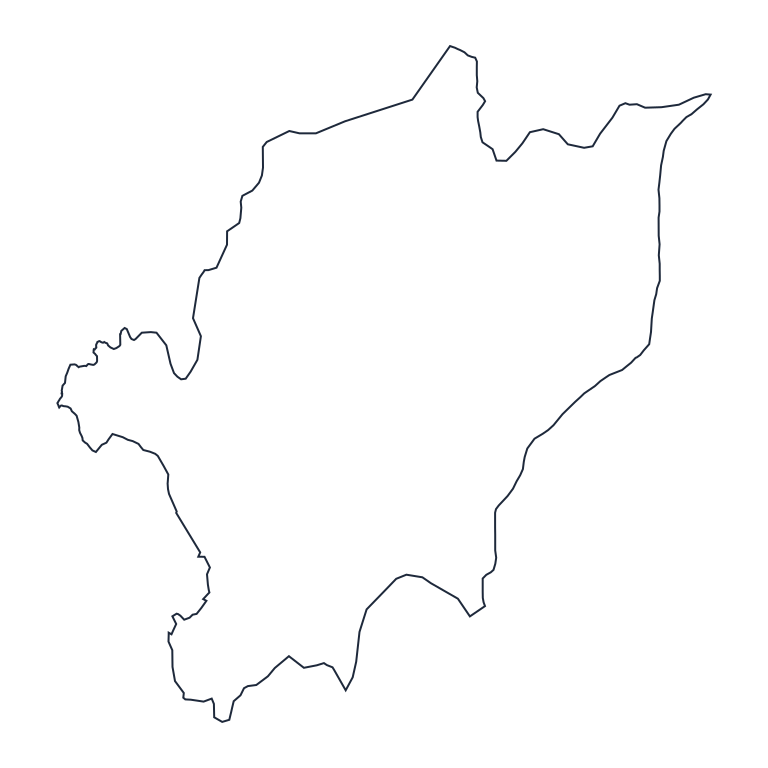 the district of Ijebu East, Ogun, Nigeria
{"feature_id": "59680162B17778966736574", "entity_name": "Ijebu East", "entity_type": "district", "adm_level": 2, "iso_a3": "NGA", "parent_name": "Nigeria", "parent_adm1": "Ogun", "projection": "equal_earth", "projection_center": [4.163, 6.811], "detail": "fine", "context": "isolated", "style": "outline", "palette": "slate", "viewbox_px": 768, "rotation_deg": 0, "n_neighbors": 0, "source": "geoboundaries", "source_scale": "gbopen_adm2", "svg_char_len": 5199}
<svg xmlns="http://www.w3.org/2000/svg" viewBox="0 0 768 768"><path d="M450.0,46.1L412.4,99.6L345.0,121.3L316.0,133.3L299.4,133.3L289.3,131.0L266.7,142.0L262.8,146.9L263.0,167.6L261.9,175.5L259.0,182.7L252.3,190.6L242.4,195.8L240.7,201.6L241.3,207.7L240.4,218.2L239.2,223.0L227.1,231.3L227.0,244.7L216.5,267.7L208.5,270.1L204.6,270.2L203.5,272.1L201.7,274.5L199.4,277.9L193.0,318.2L200.9,336.2L197.4,359.8L190.6,371.7L185.7,378.7L181.1,379.3L177.4,376.7L174.0,373.1L170.5,363.7L166.3,345.3L156.5,332.7L150.8,332.1L141.8,332.7L135.5,339.1L134.0,340.0L131.5,339.0L130.1,337.0L126.8,329.1L124.6,328.0L121.3,330.9L120.6,334.1L120.1,334.2L120.3,344.8L119.4,346.1L116.3,348.1L113.8,349.0L110.4,347.4L109.6,346.7L108.9,346.1L108.5,345.8L108.1,345.4L107.7,344.5L107.3,343.6L106.9,343.2L106.0,343.0L105.4,342.7L104.5,342.2L104.2,342.0L103.9,342.3L103.6,342.5L103.1,342.7L102.8,342.7L102.3,342.5L101.8,342.4L101.2,342.1L100.8,341.9L100.7,341.8L100.2,341.5L99.8,341.2L99.4,341.1L99.2,341.2L98.7,341.3L98.3,341.6L97.5,341.9L97.5,342.0L97.4,342.3L97.3,342.5L97.1,342.9L96.8,343.3L96.6,343.7L96.5,344.1L96.3,344.5L96.2,344.6L96.2,344.9L96.2,345.2L96.1,345.5L96.1,345.8L96.1,346.1L96.2,346.4L96.2,346.8L96.3,347.1L96.3,347.4L96.3,347.6L96.1,347.8L95.9,348.0L95.6,348.2L95.6,348.4L95.5,348.5L95.3,348.7L95.2,348.8L95.0,349.0L94.8,349.3L94.7,349.5L94.4,349.5L93.8,349.3L93.7,349.8L93.6,350.8L93.6,351.6L93.5,352.5L95.0,353.8L96.0,355.1L97.0,356.2L97.1,361.0L96.6,362.4L94.4,364.5L93.2,364.9L90.5,364.4L89.4,364.1L88.4,364.0L87.7,364.4L87.0,365.3L86.2,366.1L85.5,365.9L85.2,365.9L84.8,365.9L84.4,365.9L83.9,365.9L83.5,366.0L82.9,366.1L82.1,366.2L81.8,366.3L81.2,366.4L80.5,366.5L79.8,366.6L79.4,366.8L79.0,367.0L78.7,367.2L78.0,366.6L77.4,366.2L76.7,365.4L75.9,364.8L74.5,364.4L70.4,364.7L68.6,368.8L67.2,372.8L65.7,376.3L65.0,382.9L62.6,385.6L61.7,390.8L61.9,391.3L62.0,391.8L62.0,392.2L61.9,392.3L61.8,392.5L61.7,392.9L61.7,393.0L61.6,393.5L62.2,393.7L62.2,394.2L62.1,394.9L62.1,395.4L62.1,395.8L61.9,396.3L61.7,396.7L61.2,397.4L60.5,398.2L59.9,398.9L59.4,399.9L58.8,400.8L58.4,401.4L58.0,402.2L57.4,403.1L57.8,404.1L58.2,404.9L58.5,405.7L58.7,406.3L58.8,406.6L58.9,406.9L59.1,407.3L59.2,407.5L60.6,405.9L61.2,405.5L61.8,405.5L62.5,405.7L63.0,406.0L64.0,406.2L65.4,406.3L67.7,406.7L70.6,408.5L71.9,411.3L74.9,413.9L76.6,415.7L78.4,422.0L79.3,427.6L79.2,430.1L80.0,432.8L81.6,435.9L82.4,437.9L82.7,440.4L85.1,442.6L87.1,443.8L88.7,445.9L89.9,447.5L91.3,449.1L92.4,450.4L95.9,452.0L101.8,444.8L106.4,442.7L108.6,439.3L112.5,434.0L122.8,437.2L127.8,439.8L132.7,441.1L138.5,443.9L140.9,447.1L143.3,450.0L149.9,451.7L155.2,453.8L157.8,455.9L163.6,465.9L168.3,474.5L167.7,482.7L167.6,483.3L168.0,489.1L169.0,493.9L176.7,511.5L176.2,512.9L200.2,552.4L198.3,556.7L204.5,556.8L209.9,567.5L207.0,574.3L207.9,584.6L208.8,590.2L209.4,592.5L208.2,593.7L208.1,593.8L203.2,599.1L206.4,600.8L201.3,608.0L196.6,613.9L192.6,614.7L189.6,617.7L184.2,619.7L180.4,615.7L178.1,614.1L176.6,613.7L172.4,616.3L176.2,624.0L173.4,630.0L171.5,634.3L168.7,632.7L168.7,634.7L168.5,641.6L172.3,650.2L172.5,666.9L175.0,681.1L176.8,683.5L183.3,692.3L183.8,693.0L183.3,697.7L185.3,699.4L190.8,699.7L203.6,701.6L211.7,698.6L213.9,703.9L214.2,717.3L222.2,721.9L229.3,719.8L231.3,711.5L232.1,707.9L233.7,701.2L240.5,695.3L244.0,688.2L247.9,686.1L256.3,685.0L267.9,676.3L274.8,668.0L288.9,656.2L303.9,667.8L316.8,665.3L323.9,663.1L326.9,665.1L332.5,667.3L334.1,669.9L345.7,690.3L352.7,677.3L356.2,661.7L359.5,631.9L366.6,609.4L383.6,591.9L396.2,578.8L406.4,574.7L422.4,577.3L430.9,583.2L457.9,598.7L469.9,616.4L485.0,606.1L483.6,602.3L482.8,597.9L482.7,591.8L482.7,585.8L482.7,578.5L486.3,574.8L490.8,572.3L493.5,569.9L495.3,563.8L496.2,557.7L495.2,550.4L495.2,543.1L495.2,534.6L495.1,527.4L495.1,520.1L495.1,512.8L495.2,512.3L496.0,509.1L498.7,505.5L507.6,496.0L513.0,488.7L516.6,481.3L520.2,475.2L522.9,469.1L523.8,461.8L524.7,457.0L527.3,448.5L531.8,442.4L534.5,438.7L542.7,433.8L548.1,430.1L553.5,425.2L562.5,414.2L575.1,401.9L580.5,397.0L584.2,393.4L595.0,386.0L600.4,381.1L605.8,377.4L609.4,375.0L622.1,370.0L626.6,366.3L631.1,362.7L635.6,357.8L636.6,357.5L640.2,355.0L643.8,350.3L649.2,344.2L649.9,339.3L651.0,332.0L651.8,318.5L652.7,312.4L654.4,300.2L656.2,294.2L657.1,288.1L659.8,280.8L659.8,275.9L659.7,269.8L659.7,263.8L658.8,255.3L659.6,244.3L658.7,235.8L658.6,217.6L659.5,211.5L659.5,205.5L659.4,198.2L658.5,189.7L659.4,182.4L660.2,175.1L661.1,165.4L662.9,156.9L663.7,150.8L666.4,141.1L670.9,133.7L674.5,128.8L676.1,127.3L680.9,122.8L682.8,120.7L686.4,117.1L691.6,114.1L697.1,109.3L703.4,104.3L707.9,99.5L710.6,94.6L705.7,94.2L693.8,97.7L678.9,104.7L661.5,107.2L645.1,107.7L640.2,105.6L636.9,104.2L629.5,104.7L625.4,103.2L619.5,105.7L612.4,117.7L600.1,133.7L592.7,146.3L584.1,147.8L567.8,144.3L558.9,134.2L543.2,129.2L529.9,132.2L522.4,143.3L515.4,151.8L506.4,160.8L496.5,160.6L492.6,149.2L489.3,146.9L482.5,142.3L480.8,137.0L480.3,132.4L479.2,126.3L478.1,120.9L477.6,117.1L477.6,111.8L482.8,105.0L485.1,101.2L483.4,98.1L477.8,92.8L476.7,87.4L477.3,81.3L476.8,75.2L476.8,72.2L476.8,66.9L476.9,61.5L475.2,57.7L471.8,56.9L467.8,55.4L464.5,52.3L460.0,50.0L457.8,49.1L454.9,47.7L450.0,46.1Z" fill="none" stroke="#1e293b" stroke-width="2"/></svg>